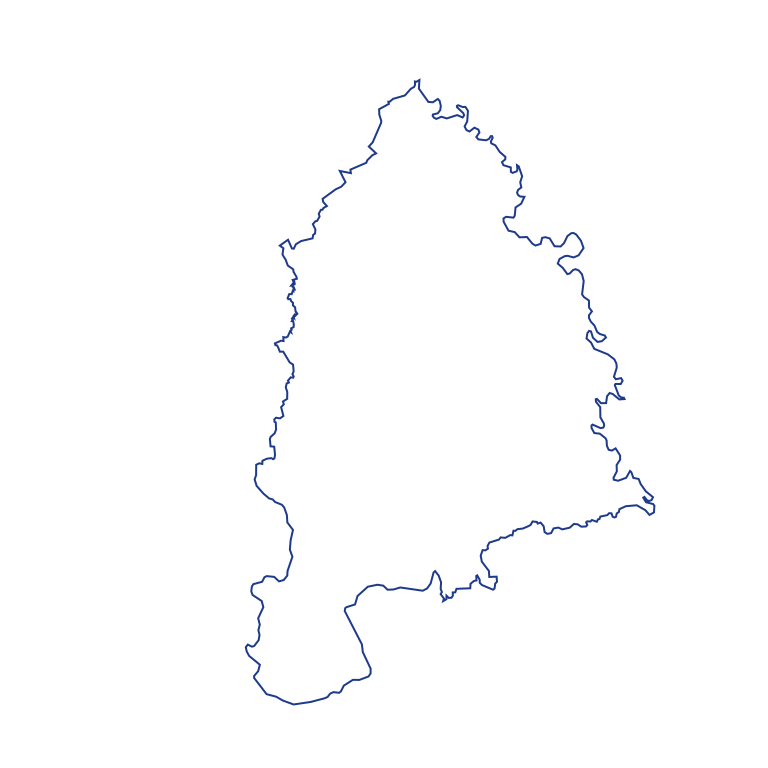 outline of Wiang Sa, Surat Thani, Thailand, rotated 156°
{"feature_id": "78962969B32749980960035", "entity_name": "Wiang Sa", "entity_type": "district", "adm_level": 2, "iso_a3": "THA", "parent_name": "Thailand", "parent_adm1": "Surat Thani", "projection": "natural_earth1", "projection_center": [99.354, 8.589], "detail": "fine", "context": "isolated", "style": "outline", "palette": "blue", "viewbox_px": 768, "rotation_deg": 156, "n_neighbors": 0, "source": "geoboundaries", "source_scale": "gbopen_adm2", "svg_char_len": 6166}
<svg xmlns="http://www.w3.org/2000/svg" viewBox="0 0 768 768"><g transform="rotate(156 384 384)"><path d="M194.7,156.4L189.6,156.9L186.5,162.8L187.0,164.9L192.7,169.4L193.4,174.7L192.0,174.9L190.9,170.6L189.2,169.2L186.6,169.2L184.3,171.2L188.5,179.5L190.2,188.2L190.0,193.7L194.4,196.8L193.9,202.8L194.6,204.5L200.9,199.8L209.5,200.4L213.0,203.1L212.5,205.0L206.8,209.5L204.5,215.3L199.0,218.9L197.4,222.7L198.6,231.0L202.9,230.5L205.5,232.5L205.5,236.9L203.6,241.9L203.7,244.4L207.1,250.9L211.8,253.6L212.3,259.4L211.3,261.7L210.0,262.1L204.1,255.6L201.4,255.0L199.8,256.4L199.2,258.4L199.9,265.5L195.9,274.9L197.6,281.6L196.7,284.0L195.5,283.7L193.6,278.3L188.9,276.2L185.2,282.1L181.5,284.0L179.1,281.8L175.3,274.2L170.4,272.4L170.4,273.8L173.0,275.4L174.2,278.1L173.6,289.1L172.5,289.9L167.7,287.7L164.7,289.9L165.0,292.9L170.3,294.1L171.0,297.1L164.7,304.3L163.4,308.1L163.5,312.7L167.4,320.0L177.6,330.6L178.0,337.7L180.5,343.2L177.5,347.7L175.0,349.1L173.5,347.8L174.3,341.3L171.8,335.6L167.6,334.5L162.3,336.2L162.6,338.5L166.5,341.9L168.1,344.9L168.0,351.9L169.7,356.8L169.9,360.9L168.8,363.4L164.5,365.8L165.6,370.4L162.8,376.9L166.0,382.1L166.6,385.3L159.7,396.8L158.5,403.7L159.9,408.5L162.3,411.0L165.1,411.2L169.3,409.4L171.8,409.8L173.5,417.5L176.3,423.3L172.8,426.8L166.9,427.3L164.1,426.4L159.3,422.5L153.9,422.4L146.4,427.0L145.8,434.7L147.6,442.4L149.4,444.8L151.5,445.6L156.3,444.5L162.2,439.5L166.7,437.8L172.2,440.5L173.4,449.6L176.9,452.5L180.1,453.2L183.9,448.3L189.3,448.9L191.4,451.9L193.6,460.1L200.6,462.9L202.8,469.6L207.9,473.4L208.7,483.6L207.5,486.6L204.5,487.1L198.0,483.3L196.1,484.6L192.0,491.8L185.4,492.9L179.6,497.9L183.4,499.9L184.7,502.3L184.6,504.7L182.6,506.8L178.6,507.7L177.5,512.9L173.3,517.6L172.4,528.1L173.5,529.8L175.0,525.4L176.3,524.3L180.7,524.6L181.8,526.2L180.1,530.3L185.9,535.3L186.0,538.7L181.9,539.9L180.7,542.1L183.9,548.9L185.2,556.7L188.1,560.2L187.8,562.0L184.6,564.7L184.4,566.4L185.5,567.0L188.4,565.2L191.6,565.1L198.3,569.1L199.2,572.1L194.5,575.0L194.3,578.1L197.2,581.4L203.2,579.9L205.4,582.5L205.6,586.5L201.2,590.0L196.2,599.4L196.9,604.0L199.4,605.0L202.9,608.5L204.3,608.4L204.7,607.2L201.4,599.2L201.5,596.9L203.7,595.5L207.8,599.9L218.7,601.1L222.8,604.8L228.4,604.9L230.1,607.1L230.5,609.2L229.7,610.3L224.7,609.4L221.2,611.4L219.0,614.9L218.0,620.1L218.9,622.5L224.8,621.5L228.7,623.6L232.0,639.6L228.0,647.3L231.5,646.9L232.7,647.8L234.0,644.6L235.7,643.1L239.3,642.8L247.6,639.1L259.7,640.8L263.8,639.6L265.2,640.1L265.6,637.9L276.7,637.0L278.7,632.1L279.5,625.3L280.6,623.6L296.0,609.4L301.3,607.1L297.4,597.9L301.7,597.7L308.3,595.2L310.2,593.3L327.5,593.5L328.5,590.1L337.7,596.6L337.1,584.0L342.9,581.6L349.0,581.5L364.8,578.1L365.5,575.0L363.8,569.8L367.8,569.4L369.3,568.2L370.8,568.8L374.3,566.1L374.8,563.1L378.8,560.2L380.4,560.6L384.0,559.0L383.8,553.0L385.8,549.5L388.1,549.0L390.0,546.1L401.5,548.3L407.7,547.5L411.4,544.3L413.0,545.3L413.0,554.8L422.9,552.8L420.7,548.9L424.1,543.5L423.3,537.5L423.7,531.3L420.3,525.7L421.0,523.3L420.4,517.8L420.8,515.6L425.1,516.2L425.1,514.7L424.2,514.7L424.8,511.7L425.5,511.5L426.0,513.0L428.7,511.6L427.2,511.1L427.9,509.9L427.1,509.2L427.2,506.6L428.5,507.2L429.1,505.3L429.9,505.8L431.8,503.6L433.9,504.7L437.2,501.6L436.9,500.4L434.9,499.6L435.1,497.3L434.1,495.3L435.2,492.8L434.0,490.2L435.2,486.7L434.6,483.4L437.9,482.2L437.4,483.7L439.1,482.8L439.4,481.0L439.9,482.1L441.6,481.1L441.2,479.9L442.6,478.9L441.4,478.3L442.3,474.8L443.5,472.7L446.2,472.6L446.3,471.1L447.8,470.8L447.9,468.9L448.7,470.1L452.5,466.6L454.7,466.3L456.9,467.8L458.3,464.1L460.3,465.4L467.1,465.5L467.4,463.7L466.1,462.9L465.8,461.0L466.0,455.9L462.9,454.5L461.4,442.2L459.2,438.7L461.4,432.3L463.7,430.1L463.4,427.7L464.4,426.7L466.5,428.0L470.4,426.1L470.3,424.0L472.7,424.1L475.1,420.9L475.6,416.1L478.5,409.8L483.4,409.1L483.8,406.2L487.4,404.7L488.9,395.7L493.0,394.9L496.3,397.1L498.6,396.3L499.4,393.9L498.5,392.9L501.1,386.3L504.0,383.4L509.0,381.8L510.6,380.3L513.0,373.2L509.8,371.4L512.4,363.5L514.4,360.6L515.9,360.4L516.9,362.0L521.4,363.4L526.3,363.3L527.7,360.5L530.3,362.3L533.6,362.2L537.9,352.8L541.0,349.4L541.8,342.7L538.7,332.9L535.5,326.2L532.6,323.8L531.5,320.5L526.4,315.2L525.4,311.8L526.0,303.9L528.6,296.8L526.5,287.7L532.8,279.3L537.4,270.9L537.9,263.5L548.2,252.4L550.3,248.3L555.4,245.7L560.2,246.4L562.8,252.5L569.3,256.2L571.8,256.1L575.8,252.9L584.8,254.3L587.2,252.6L589.6,248.5L589.9,244.8L584.0,235.5L585.0,229.2L594.2,221.2L595.4,214.6L598.9,210.2L599.8,205.3L602.8,200.9L609.1,197.5L611.4,197.7L614.4,201.3L617.3,199.8L618.2,195.5L617.8,190.5L611.6,178.0L615.8,172.8L621.4,170.1L622.2,168.3L617.4,148.4L609.7,142.2L605.1,135.9L596.9,128.0L580.5,123.4L566.5,121.1L562.9,121.0L559.2,123.0L555.6,123.1L550.7,120.2L548.4,120.7L543.4,124.8L532.8,126.4L526.9,123.7L517.1,123.1L514.0,125.0L512.0,129.4L512.4,147.7L510.1,155.1L512.2,192.6L510.6,195.0L509.2,195.4L500.1,194.4L494.4,201.1L481.2,205.4L471.7,203.3L466.7,200.1L464.4,194.6L458.8,192.4L451.9,191.5L432.7,179.4L427.8,179.7L422.5,182.8L415.3,191.7L413.4,192.3L412.0,186.8L412.5,179.7L415.6,173.7L415.7,170.4L417.7,169.0L416.5,163.7L418.2,161.6L414.5,162.0L413.0,165.2L411.9,162.3L409.3,161.3L407.2,162.6L406.0,165.6L403.6,164.7L401.1,167.4L388.3,162.3L386.2,166.3L381.9,167.5L379.4,166.9L377.8,171.1L376.7,171.3L376.2,166.3L377.4,163.4L376.2,160.4L368.0,151.7L366.2,152.2L363.6,156.4L361.2,157.4L359.5,162.2L366.3,164.9L364.2,170.5L366.9,181.9L365.5,187.8L361.5,192.1L359.0,190.8L356.0,191.3L355.3,193.9L352.2,196.3L342.2,195.1L339.9,196.4L335.7,194.1L330.1,194.6L328.3,193.5L325.4,197.3L323.7,196.4L321.2,197.1L316.0,195.5L310.3,195.4L307.5,195.6L304.2,198.0L300.4,195.8L300.4,194.0L297.3,193.7L296.0,189.1L297.5,183.4L295.8,180.7L292.0,179.8L287.8,183.1L283.1,181.9L280.3,178.7L272.7,177.2L267.5,178.9L264.2,177.1L261.8,173.4L257.4,171.7L255.6,172.5L255.6,175.4L254.3,175.9L251.3,174.4L249.4,175.2L245.6,171.6L243.6,173.3L242.1,173.0L240.3,174.9L233.4,173.4L230.8,174.4L228.8,173.3L229.1,169.8L227.7,168.3L226.1,168.3L224.0,171.1L221.4,171.6L219.9,173.9L212.8,174.0L202.4,170.4L196.6,162.5L194.7,156.4Z" fill="none" stroke="#1e3a8a" stroke-width="2"/></g></svg>